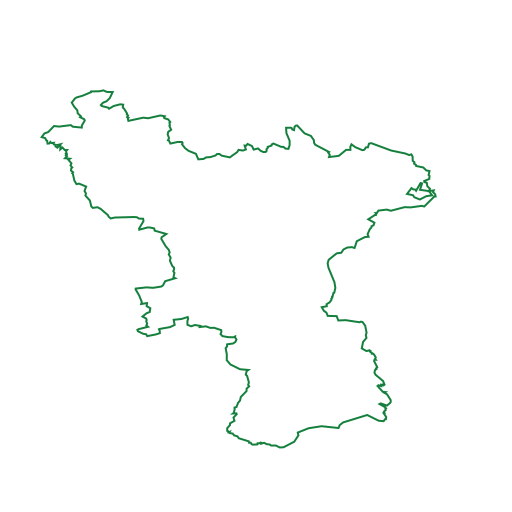 Ås nor, Akershus, Norway (Natural Earth projection), rotated 169°
{"feature_id": "86288312B89206777827564", "entity_name": "Ås nor", "entity_type": "district", "adm_level": 2, "iso_a3": "NOR", "parent_name": "Norway", "parent_adm1": "Akershus", "projection": "natural_earth1", "projection_center": [10.806, 59.679], "detail": "fine", "context": "isolated", "style": "outline", "palette": "green", "viewbox_px": 512, "rotation_deg": 169, "n_neighbors": 0, "source": "geoboundaries", "source_scale": "gbopen_adm2", "svg_char_len": 6047}
<svg xmlns="http://www.w3.org/2000/svg" viewBox="0 0 512 512"><g transform="rotate(169 256 256)"><path d="M386.5,449.0L386.7,448.3L395.7,446.4L401.8,445.9L403.8,445.1L407.6,441.7L406.0,437.3L403.6,433.1L403.8,430.1L401.2,426.5L402.2,425.8L398.5,423.0L398.3,421.6L402.0,417.4L402.5,415.3L411.2,417.9L412.8,419.8L424.5,420.6L429.5,422.1L436.3,417.3L440.3,416.7L443.7,413.6L440.4,411.9L439.8,409.5L439.0,409.0L439.2,406.1L437.3,405.9L436.1,407.2L435.3,405.9L433.0,405.7L433.5,405.1L433.1,404.1L431.3,403.3L431.9,401.8L430.3,400.2L428.9,401.2L429.5,402.9L426.6,403.0L428.4,401.7L426.9,401.1L427.8,398.0L425.3,399.4L423.5,396.5L421.3,396.1L422.4,395.1L422.5,393.2L424.0,392.6L422.2,392.4L422.2,391.6L423.4,390.9L422.6,389.9L424.8,388.4L420.2,387.0L421.8,386.3L419.5,382.1L420.8,380.3L419.5,377.9L420.6,377.4L421.3,375.2L419.6,373.1L420.6,372.3L420.1,371.5L419.9,364.7L418.5,360.8L415.9,360.8L409.5,356.6L411.9,352.6L411.0,349.9L411.9,347.8L408.5,342.2L408.2,336.1L407.1,334.4L402.3,334.1L399.6,332.0L393.5,324.3L393.2,322.8L391.5,320.6L387.2,320.7L368.1,317.5L365.4,316.7L363.8,315.1L359.7,314.1L359.8,311.7L365.5,305.3L365.6,304.1L356.9,304.7L354.4,304.1L350.7,302.5L350.6,300.2L339.8,294.7L345.1,292.4L345.7,290.9L342.8,282.8L340.4,278.6L340.1,276.0L341.3,274.1L340.1,270.7L341.4,267.8L340.1,262.2L338.7,260.2L338.9,258.7L340.1,256.8L339.3,255.0L341.1,250.8L339.5,249.6L350.0,248.6L352.9,244.9L354.7,244.1L363.1,244.4L369.5,246.1L380.3,247.0L380.6,246.3L378.2,239.5L376.9,232.6L377.9,230.8L372.0,230.6L372.9,227.6L369.7,224.9L371.0,221.3L374.3,220.7L379.0,218.2L375.8,215.6L375.5,214.1L376.2,212.8L375.8,210.3L376.9,208.7L375.5,207.1L385.1,206.6L386.5,206.2L386.3,204.7L381.5,201.1L378.7,200.1L378.1,198.1L369.4,198.1L365.1,198.6L364.8,200.9L365.3,202.6L364.7,202.8L353.9,202.6L349.0,203.9L349.0,209.1L341.2,208.4L334.7,209.1L334.6,207.3L335.8,205.1L336.4,201.5L333.0,199.4L329.1,199.9L324.0,198.0L324.7,197.0L318.6,196.5L314.7,194.2L310.8,193.5L304.3,189.9L304.4,188.2L305.7,186.1L304.3,183.8L299.0,181.7L293.6,180.5L291.8,181.0L292.1,180.0L291.1,177.8L292.6,175.6L295.1,174.5L301.2,174.8L301.8,172.6L303.4,171.3L303.4,165.2L304.6,159.3L301.8,154.4L293.3,147.9L285.3,145.6L287.1,144.8L288.7,141.5L287.6,140.0L287.1,133.3L288.3,131.0L287.6,129.4L290.5,127.6L291.1,125.2L297.8,120.5L299.3,117.1L301.6,115.3L304.0,111.5L306.0,111.3L306.3,109.3L307.8,106.2L308.6,105.8L305.3,105.3L305.2,104.3L308.9,101.8L308.6,98.3L313.4,96.7L313.8,95.0L317.2,92.4L317.6,89.8L316.8,89.4L316.8,88.2L315.4,88.4L315.9,87.8L315.6,87.2L312.7,86.1L311.7,84.1L308.6,82.5L307.7,80.4L298.4,75.4L298.4,74.0L296.8,73.7L296.2,72.1L295.1,71.4L290.6,70.8L290.0,71.4L291.0,72.0L288.1,71.5L287.1,72.0L286.5,71.7L286.7,70.8L283.7,71.1L281.5,69.3L278.4,68.3L277.4,67.1L272.7,66.2L269.2,63.5L265.4,63.0L253.9,66.4L248.6,71.8L248.7,74.7L237.2,76.9L224.1,76.4L207.8,71.4L206.1,74.0L202.3,76.0L177.2,78.7L167.0,70.9L162.2,69.5L160.6,71.1L159.6,71.0L158.9,73.1L160.7,77.3L159.8,77.3L160.1,78.8L158.1,80.0L158.2,81.2L157.4,81.6L158.1,83.0L163.0,87.1L161.7,87.5L156.0,84.2L152.5,86.1L151.6,87.0L151.3,88.9L153.8,95.3L156.1,97.2L154.9,97.7L157.5,98.6L161.5,105.2L160.5,105.8L157.9,104.4L157.8,105.4L157.2,104.9L156.6,105.7L155.4,104.6L154.4,105.2L155.1,109.0L161.2,116.5L162.0,118.8L161.0,121.3L159.3,122.1L159.6,122.8L158.2,123.7L160.1,130.3L159.5,131.5L158.2,131.3L158.8,132.3L157.8,133.5L158.5,135.7L159.4,137.6L161.0,138.0L160.8,138.9L162.1,140.1L161.9,140.7L162.5,140.7L162.6,141.8L165.7,141.6L169.8,145.1L167.3,151.2L163.2,154.5L163.3,157.4L162.1,159.6L162.1,166.7L164.0,170.8L165.4,171.5L167.0,171.2L180.2,175.9L187.5,177.0L188.3,181.6L197.0,183.5L197.7,187.0L199.9,189.3L201.2,193.2L196.1,193.2L195.9,195.2L192.5,196.5L190.2,198.7L190.2,199.8L189.1,200.5L189.1,201.6L188.5,201.7L187.1,204.9L186.2,205.0L184.2,209.5L184.0,215.3L187.1,230.6L187.1,235.0L185.4,238.4L176.3,243.2L171.7,242.9L168.9,245.7L164.8,246.9L160.2,246.4L157.7,245.1L154.2,251.3L145.5,253.8L141.8,253.4L142.3,256.1L139.1,260.7L137.4,261.8L136.9,263.2L134.8,263.7L133.4,266.1L138.8,270.6L131.4,273.6L130.5,273.3L129.7,274.6L130.3,275.4L128.8,275.4L127.2,277.2L118.8,276.6L115.0,274.7L100.8,275.6L94.9,274.2L83.8,273.6L81.4,272.5L69.7,280.3L68.3,280.2L68.4,282.5L70.0,284.9L69.0,286.5L73.8,286.7L72.4,288.8L74.5,291.8L74.4,295.3L76.5,296.4L76.6,297.5L71.2,298.6L70.4,301.4L71.1,302.5L69.5,306.3L72.5,307.5L74.9,311.0L81.6,313.8L81.6,314.9L83.2,316.5L82.6,317.8L84.0,319.5L83.3,323.8L84.2,326.2L86.3,325.8L89.8,328.1L103.1,333.7L121.4,344.8L123.7,344.7L125.4,341.3L127.3,341.7L129.4,339.6L131.4,339.6L137.8,343.9L141.0,347.4L142.6,345.1L143.1,342.2L147.3,343.0L155.6,338.5L165.4,339.2L164.3,341.2L165.4,343.8L164.5,344.2L176.6,353.9L177.4,356.0L177.1,358.7L179.2,363.4L184.9,367.1L190.7,376.3L192.3,376.3L193.5,375.4L194.7,372.3L196.2,373.2L196.6,374.8L197.8,375.4L202.0,376.1L202.7,370.8L201.0,362.7L201.8,358.5L203.7,355.0L206.6,355.8L208.3,357.9L210.4,358.3L217.5,363.1L219.3,362.5L219.7,361.4L223.7,360.9L223.8,359.9L225.3,358.8L225.6,357.0L226.6,356.3L228.9,356.6L231.5,358.5L233.5,361.2L238.0,360.9L239.0,364.7L242.9,367.6L244.5,366.2L246.1,366.6L245.6,362.5L248.7,362.0L252.9,363.5L254.6,361.6L262.9,357.8L270.6,361.1L272.4,363.1L274.9,363.5L276.5,362.4L281.8,361.8L286.2,362.3L288.9,361.3L294.2,361.9L295.5,367.8L302.0,372.0L305.0,375.3L307.3,379.8L306.5,380.9L306.9,382.0L311.0,382.9L318.6,382.7L319.5,386.1L320.3,386.4L318.9,388.4L319.5,392.2L318.5,394.6L315.2,396.1L316.2,400.3L315.5,401.0L315.6,403.2L314.6,403.9L316.2,406.9L319.7,408.8L319.8,409.7L318.9,410.6L323.2,412.2L335.6,411.8L340.3,413.3L355.5,413.0L355.6,415.3L354.8,416.1L356.0,417.0L354.8,418.4L355.8,419.7L355.4,420.5L357.3,425.6L358.4,427.2L357.5,429.9L360.3,430.8L367.1,430.4L372.1,428.6L372.8,429.8L378.7,432.6L379.5,433.8L376.9,435.7L373.2,436.4L369.5,438.8L365.4,444.3L371.1,445.5L374.2,447.7L378.4,447.6L386.5,449.0ZM73.8,286.7L71.6,282.0L77.5,282.2L84.4,280.2L89.4,283.5L90.3,285.7L95.9,288.1L90.4,293.0L88.8,291.3L86.9,290.8L86.4,289.5L80.6,296.2L79.1,295.6L82.4,289.7L73.8,286.7Z" fill="none" stroke="#15803d" stroke-width="2"/></g></svg>